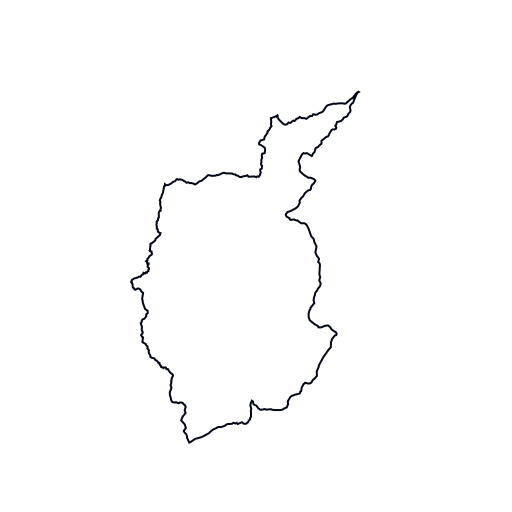 outline of Mallama (Piedrancha), Nariño, Colombia, rotated 32°
{"feature_id": "7082276B67820358645790", "entity_name": "Mallama (Piedrancha)", "entity_type": "district", "adm_level": 2, "iso_a3": "COL", "parent_name": "Colombia", "parent_adm1": "Nariño", "projection": "natural_earth1", "projection_center": [-77.865, 1.189], "detail": "fine", "context": "isolated", "style": "outline", "palette": "ink", "viewbox_px": 512, "rotation_deg": 32, "n_neighbors": 0, "source": "geoboundaries", "source_scale": "gbopen_adm2", "svg_char_len": 6134}
<svg xmlns="http://www.w3.org/2000/svg" viewBox="0 0 512 512"><g transform="rotate(32 256 256)"><path d="M298.2,449.6L299.2,448.2L301.3,443.3L305.5,438.8L307.2,436.2L309.9,431.3L310.9,427.4L311.8,425.5L313.7,422.8L314.3,421.3L317.1,419.5L319.2,417.0L320.7,413.8L324.6,411.0L325.2,409.4L327.2,409.0L327.9,407.8L329.5,408.2L332.2,404.4L334.4,404.7L336.0,403.9L336.8,403.0L336.9,402.0L337.4,401.3L337.1,399.6L337.5,397.5L336.9,396.5L337.0,395.1L334.4,390.9L333.7,390.3L333.6,389.4L332.8,388.0L330.3,385.6L329.6,383.7L329.2,380.9L330.5,381.0L332.5,383.1L335.7,382.7L338.5,383.9L341.1,384.1L342.8,382.9L344.5,381.2L346.0,380.9L349.9,378.0L351.2,377.8L353.4,376.8L358.5,373.6L360.3,371.6L360.6,370.5L362.3,368.1L361.7,364.5L360.9,363.8L359.9,362.0L359.9,357.1L360.4,355.8L362.7,352.8L365.9,349.5L365.9,348.5L365.4,347.7L365.9,346.6L364.5,343.4L364.2,339.3L364.8,338.4L364.8,337.5L368.1,336.4L369.5,335.2L370.0,333.7L369.9,331.1L370.5,329.5L371.2,325.4L368.6,321.6L368.0,317.2L367.3,315.3L366.7,306.3L367.2,297.1L367.8,293.7L365.3,289.5L364.5,285.8L365.0,281.6L365.9,280.7L365.9,279.9L365.2,278.8L364.4,278.4L359.6,278.3L357.8,277.8L357.1,277.1L353.9,276.7L351.8,278.3L348.9,282.2L346.7,283.4L346.0,282.6L341.8,282.8L335.7,282.0L333.1,280.0L331.1,276.9L330.1,273.5L330.3,272.4L329.7,271.2L330.4,265.0L328.6,263.4L327.4,261.1L326.5,257.6L326.0,256.6L325.8,255.4L326.1,252.3L325.8,251.3L326.3,247.5L325.6,245.6L325.0,244.6L322.9,243.4L322.3,242.7L321.8,240.2L319.3,237.7L315.1,229.9L313.9,228.6L311.9,228.1L310.9,224.9L307.5,223.6L304.5,221.6L302.3,215.9L297.9,213.1L296.1,211.1L292.2,209.9L286.4,205.2L282.8,203.0L280.9,202.5L279.4,202.7L277.1,204.3L272.1,203.9L271.7,204.4L268.9,204.9L266.1,207.1L265.1,207.0L264.5,206.2L261.0,206.4L259.5,205.5L259.2,204.6L259.4,202.1L261.6,199.4L264.5,194.3L265.3,191.6L264.9,187.5L263.6,186.2L263.6,185.1L263.8,182.2L264.3,180.6L264.2,176.9L265.3,173.0L266.9,171.3L267.0,170.2L265.9,167.3L265.9,165.7L266.5,164.0L266.6,160.8L266.2,160.4L264.0,160.1L260.5,160.8L259.0,161.9L254.1,161.9L248.3,160.9L247.2,159.6L246.3,157.1L241.8,153.1L241.3,147.1L241.3,145.0L241.8,143.5L243.2,143.2L244.6,141.8L250.3,141.7L250.5,141.1L250.0,139.1L250.6,137.0L249.4,132.9L249.8,132.0L250.7,131.0L251.5,127.3L252.0,126.5L251.7,125.5L250.5,123.6L252.5,117.7L253.6,116.6L253.8,115.1L253.4,114.2L253.3,109.5L253.8,108.1L255.6,107.0L256.4,105.5L255.9,104.4L254.3,103.6L254.5,102.6L253.7,99.5L256.5,96.6L257.2,94.1L257.1,92.2L258.8,90.1L259.3,89.0L259.0,86.7L259.5,83.6L258.8,82.2L256.8,80.2L256.3,78.6L256.4,76.4L257.1,74.5L255.9,68.5L255.5,64.1L256.3,62.4L255.9,62.4L254.9,64.2L254.2,71.1L253.4,72.0L251.3,79.1L250.8,79.7L248.3,80.8L244.7,83.1L243.1,84.7L241.5,85.3L237.3,89.7L236.7,90.6L236.2,93.1L236.3,96.8L235.9,98.8L233.7,101.6L232.9,103.6L231.7,104.6L229.4,105.4L229.3,107.7L227.6,108.7L226.0,113.0L223.8,113.5L221.9,114.8L219.3,115.0L219.1,116.4L217.6,118.3L217.3,120.8L216.8,121.3L215.8,121.4L214.7,124.8L212.9,125.6L212.4,128.0L211.0,129.3L208.9,129.5L202.8,128.1L201.1,127.0L200.5,127.0L200.1,125.6L199.6,125.3L198.8,127.1L195.6,131.4L197.6,133.7L198.9,136.4L200.3,137.6L200.1,140.2L200.4,141.9L199.7,144.0L200.4,145.2L200.4,148.8L200.1,150.0L201.1,152.8L198.5,155.9L198.8,158.9L199.6,159.7L201.7,159.3L205.8,159.5L207.5,161.0L208.8,164.2L208.1,165.2L207.3,165.5L207.1,166.7L208.1,168.4L209.1,169.3L209.7,172.0L210.9,173.5L211.1,174.5L212.0,175.9L213.2,176.2L214.6,178.8L213.7,180.4L214.6,181.8L215.6,182.4L216.5,185.6L216.3,187.4L214.9,187.8L214.5,189.1L212.6,189.3L207.7,192.7L205.9,192.1L204.8,193.7L202.6,195.5L202.1,196.6L200.2,197.6L197.6,197.6L196.4,198.1L195.4,197.8L193.3,198.7L192.2,198.6L187.0,201.7L184.6,202.5L182.9,204.4L182.3,205.8L180.8,207.6L179.6,208.4L179.2,209.2L176.2,211.4L173.7,212.2L172.4,213.0L171.7,216.1L169.9,221.1L168.3,222.9L167.7,225.1L166.4,227.7L164.9,227.7L162.1,228.5L161.3,229.3L159.5,229.4L158.2,230.7L157.0,230.3L155.5,230.6L153.1,230.5L150.8,231.3L149.7,232.5L148.4,232.5L148.0,233.1L147.8,234.9L146.1,237.9L145.4,240.0L143.8,242.5L142.3,243.5L140.8,243.4L141.6,244.8L141.1,245.6L143.5,251.4L144.0,254.9L144.7,256.8L144.6,258.5L145.1,260.1L146.2,260.6L146.9,262.5L150.0,265.7L150.3,267.4L151.2,268.1L150.4,269.3L150.4,270.5L153.2,274.8L153.0,276.0L153.9,277.7L153.5,278.9L153.7,279.9L154.5,280.8L155.1,282.4L156.3,283.6L157.3,285.3L158.5,285.4L159.9,287.3L161.4,287.5L162.9,287.2L163.4,289.1L161.8,294.6L162.3,296.3L160.9,300.3L160.0,301.4L160.4,302.4L161.1,303.0L161.5,304.5L162.8,306.8L162.9,307.8L163.5,308.1L164.9,307.5L166.8,309.6L166.7,310.6L165.8,312.3L165.8,314.6L165.4,316.1L166.4,317.4L165.6,318.7L167.2,319.1L167.7,320.0L169.0,319.3L169.3,320.0L169.0,320.7L169.7,322.5L171.8,323.1L172.2,323.7L172.0,324.7L172.7,325.8L172.1,326.8L172.4,327.7L171.4,328.1L171.6,329.0L171.2,329.7L170.8,329.9L170.6,329.5L169.5,329.8L170.0,331.1L169.3,332.3L169.0,334.9L167.4,335.7L167.1,336.9L164.5,339.7L163.5,342.2L163.9,344.2L164.5,344.0L165.4,345.1L166.1,345.2L168.3,348.0L169.8,348.0L170.6,348.7L171.5,348.6L172.8,346.3L174.0,345.7L175.9,345.7L177.6,346.9L179.8,347.1L182.1,352.6L183.8,354.2L184.5,355.4L190.0,359.7L193.2,359.9L194.4,361.8L193.8,363.7L194.9,365.2L194.6,368.2L193.3,370.2L193.4,371.3L194.1,372.8L193.8,374.1L196.7,376.4L198.2,379.2L200.3,380.6L200.7,381.5L200.5,384.0L202.1,384.9L203.2,384.8L205.3,389.2L209.3,389.1L210.3,390.0L211.9,390.1L212.5,390.8L212.9,392.0L215.2,392.7L215.7,394.0L216.9,395.4L218.9,396.2L220.1,397.6L221.4,397.6L224.1,396.7L226.1,397.7L226.9,397.3L229.0,397.8L229.6,398.3L230.6,397.9L230.8,398.6L231.4,398.5L232.8,399.6L233.4,399.4L234.6,400.5L235.8,399.9L236.7,400.1L236.7,399.6L238.5,398.4L240.0,399.4L241.1,398.6L244.8,400.3L248.3,400.7L249.1,401.6L249.3,404.4L249.8,404.9L250.3,407.1L250.7,407.2L251.5,408.7L251.9,410.7L254.2,412.6L255.1,417.3L256.9,419.9L258.9,421.4L259.9,422.7L261.6,423.9L262.6,424.2L265.3,423.0L265.5,422.5L266.3,422.2L268.2,422.0L268.6,421.7L268.9,420.7L270.5,419.7L272.0,419.6L272.9,420.0L274.9,420.2L276.3,421.2L277.3,424.7L279.5,426.5L278.9,431.2L279.6,435.0L284.9,436.6L287.7,439.1L287.4,442.1L287.7,443.0L291.5,444.3L293.1,445.5L294.0,446.8L298.2,449.6Z" fill="none" stroke="#020617" stroke-width="2"/></g></svg>